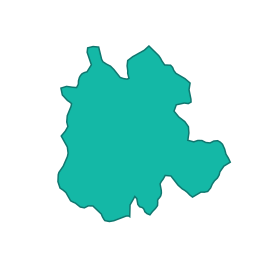 the border of Erzurum, rotated 70°
{"feature_id": "TUR-2299", "entity_name": "Erzurum", "entity_type": "Province", "adm_level": 1, "iso_a3": "TUR", "parent_name": "Turkey", "parent_adm1": "", "projection": "natural_earth1", "projection_center": [41.622, 40.047], "detail": "fine", "context": "isolated", "style": "filled", "palette": "teal", "viewbox_px": 256, "rotation_deg": 70, "n_neighbors": 0, "source": "natural_earth", "source_scale": "10m", "svg_char_len": 1823}
<svg xmlns="http://www.w3.org/2000/svg" viewBox="0 0 256 256"><g transform="rotate(70 128 128)"><path d="M207.1,181.4L205.5,181.9L202.7,182.4L199.7,182.5L189.2,187.7L187.6,191.9L188.1,196.3L185.9,199.9L180.6,203.1L179.1,204.7L176.8,206.8L167.4,208.4L164.2,210.2L161.2,212.4L154.5,212.2L148.0,209.5L146.1,208.1L141.7,201.9L134.1,194.7L131.2,192.9L125.1,191.5L112.7,193.5L109.5,188.0L106.1,184.0L101.4,183.5L95.7,180.9L88.2,174.1L85.8,172.7L83.6,173.9L81.4,175.5L74.5,178.4L67.6,177.4L67.9,171.5L70.6,166.5L72.4,162.5L69.9,159.7L66.7,158.4L63.8,156.3L62.4,154.6L61.3,152.6L61.0,150.0L61.2,147.3L56.1,140.8L42.9,140.5L38.9,138.5L39.5,133.0L41.9,127.9L54.4,129.3L57.2,128.9L60.6,126.4L63.9,123.3L68.2,121.3L77.8,118.1L79.9,115.5L81.8,112.1L81.6,110.1L76.5,109.6L74.3,108.7L69.3,107.6L64.5,105.2L62.6,99.2L60.5,86.1L58.1,80.3L70.5,74.4L73.6,73.6L76.7,73.2L81.3,72.0L83.6,66.5L86.3,65.4L89.7,65.3L93.0,64.3L101.1,57.6L107.0,54.3L113.0,57.6L122.4,59.0L125.2,59.9L125.7,63.0L123.8,66.5L122.7,74.7L127.9,79.0L135.0,76.5L141.5,72.4L147.5,70.8L153.5,72.5L160.0,76.0L163.5,71.0L163.6,66.6L165.1,62.8L168.2,59.9L170.1,56.0L169.6,51.9L170.6,48.1L172.9,46.1L175.6,44.8L180.8,44.4L186.0,44.9L190.6,44.0L195.1,43.6L196.6,50.9L200.6,56.6L203.4,58.5L205.6,61.1L207.2,64.8L209.5,68.0L212.6,70.9L214.9,74.8L214.4,78.2L213.2,81.4L215.0,91.0L212.0,92.9L208.8,94.3L206.2,95.9L203.7,97.9L198.9,100.5L187.7,104.1L185.3,109.3L188.0,112.4L189.7,115.0L191.5,117.0L198.1,118.1L200.6,118.9L202.9,120.4L204.2,122.1L205.2,124.1L206.5,125.1L208.0,125.5L211.0,126.8L213.0,129.7L214.9,133.6L217.1,137.1L215.0,139.4L212.5,140.8L210.5,140.8L209.4,140.9L207.7,141.7L206.0,144.0L203.2,144.9L197.4,143.9L194.7,145.0L201.0,152.4L211.9,156.7L210.9,157.4L210.1,159.9L210.3,173.0L209.5,177.5L207.1,181.4Z" fill="#14b8a6" stroke="#0f766e" stroke-width="1.5"/></g></svg>